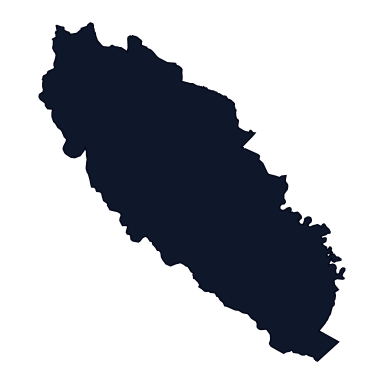 I. L. Caragiale, Dâmbovita, Romania (Mercator projection)
{"feature_id": "2599482B67879867779478", "entity_name": "I. L. Caragiale", "entity_type": "district", "adm_level": 2, "iso_a3": "ROU", "parent_name": "Romania", "parent_adm1": "Dâmbovita", "projection": "mercator", "projection_center": [25.703, 44.911], "detail": "fine", "context": "isolated", "style": "filled", "palette": "ink", "viewbox_px": 384, "rotation_deg": 0, "n_neighbors": 0, "source": "geoboundaries", "source_scale": "gbopen_adm2", "svg_char_len": 5883}
<svg xmlns="http://www.w3.org/2000/svg" viewBox="0 0 384 384"><path d="M317.5,361.0L338.5,341.9L318.7,330.9L325.0,323.1L326.0,321.2L327.3,319.7L328.8,315.9L330.1,314.3L332.1,306.7L333.7,305.3L334.1,304.4L334.2,302.7L333.6,301.2L334.8,299.1L335.3,295.5L334.8,293.2L334.1,292.4L338.3,289.7L334.5,285.0L333.8,280.7L335.0,279.3L337.2,278.5L342.8,279.1L344.0,278.6L344.1,278.3L343.9,278.0L342.2,276.7L341.9,275.3L342.9,272.9L344.6,270.6L344.8,268.8L343.8,268.0L342.7,268.1L341.9,268.6L340.4,270.3L339.5,273.5L338.9,274.0L337.2,274.1L336.6,274.5L336.3,274.4L335.6,272.1L335.4,269.7L336.2,268.2L335.5,265.7L334.5,264.8L332.8,264.2L330.2,264.8L329.2,264.8L328.8,264.5L329.0,263.1L331.3,258.4L332.0,258.6L331.6,259.8L331.9,260.4L332.5,261.2L334.3,262.1L335.8,261.1L340.8,260.2L340.9,259.8L340.8,259.0L338.7,257.7L338.5,257.3L336.1,257.1L333.9,254.2L332.0,254.6L330.4,254.2L329.0,256.8L327.8,256.5L326.5,254.9L326.4,254.5L326.9,254.1L330.0,252.7L330.6,252.8L331.0,253.3L332.3,253.1L332.4,252.6L331.0,250.9L331.4,248.5L330.7,247.3L329.7,247.1L328.4,249.2L327.3,249.6L326.5,248.8L326.4,247.2L323.8,245.8L322.0,244.0L322.0,243.5L322.3,243.2L325.6,241.5L326.0,240.1L326.1,238.3L325.3,237.9L323.7,238.1L322.3,238.9L321.1,237.2L321.0,236.6L321.2,236.0L326.2,234.4L327.5,233.0L329.5,233.2L330.0,232.7L330.1,232.0L328.9,229.5L326.0,226.8L325.1,225.1L324.1,224.1L323.8,224.0L322.7,224.6L321.4,226.8L317.6,224.7L312.7,226.0L310.7,227.0L309.1,227.0L307.7,225.2L309.7,222.7L310.5,222.4L311.1,221.3L311.3,219.6L310.5,217.7L308.6,217.0L307.2,217.3L305.0,218.6L304.5,221.2L303.3,224.3L302.3,224.6L300.5,224.4L299.3,223.2L297.9,220.0L298.5,219.4L299.5,220.0L300.2,218.8L301.1,218.4L301.3,217.1L300.7,215.5L298.0,212.6L297.3,212.3L293.8,213.0L292.9,212.9L292.5,212.3L290.4,212.2L290.4,211.4L291.0,210.1L291.0,209.1L290.5,208.2L289.6,207.6L286.9,208.4L285.5,209.7L283.6,210.5L281.9,210.5L280.3,209.5L279.9,208.8L279.6,207.1L279.9,206.1L280.8,204.9L282.3,203.9L284.1,203.8L285.1,202.5L285.2,201.4L285.0,200.7L283.7,198.7L283.7,194.6L284.0,193.6L287.1,189.4L287.5,187.3L287.6,185.7L287.3,184.4L285.3,181.7L285.2,179.6L285.9,175.7L281.7,176.2L279.5,177.7L275.6,176.3L268.7,174.6L267.2,173.0L262.7,163.4L258.9,159.9L258.8,158.5L259.4,156.2L258.8,155.4L258.0,154.7L245.2,148.9L243.5,149.3L243.2,148.8L243.2,147.7L241.6,147.0L252.2,136.2L254.9,133.0L253.0,132.9L250.9,130.5L250.1,130.6L249.5,132.1L248.6,132.8L248.0,132.2L245.4,131.8L242.7,130.5L238.3,127.8L237.6,125.9L238.3,120.4L236.4,118.7L235.6,116.2L235.4,112.4L235.9,110.1L234.6,108.6L234.6,107.5L233.9,106.2L234.3,104.8L234.1,103.4L231.2,100.7L229.4,99.6L227.8,99.5L226.3,97.0L225.2,96.2L223.0,96.2L219.2,93.8L218.0,94.0L216.6,92.4L214.3,91.8L213.8,91.2L210.9,90.8L208.9,90.0L207.9,90.1L206.5,88.0L205.4,88.5L204.9,87.6L204.1,88.0L203.6,86.8L202.7,87.5L201.3,86.8L200.9,87.1L199.0,86.3L197.2,86.2L192.7,83.7L190.5,83.8L181.4,81.4L181.9,79.1L182.0,76.7L181.6,73.0L181.9,69.5L181.1,68.2L178.5,66.1L176.8,65.8L176.1,65.1L175.7,63.8L175.0,63.4L167.2,62.8L158.3,58.1L156.6,56.6L153.1,52.3L150.5,49.9L146.3,48.3L146.7,47.4L141.1,45.3L141.3,44.0L141.2,43.0L141.6,41.3L140.4,40.0L136.7,37.1L132.3,35.8L131.2,37.2L130.1,36.0L128.3,37.2L127.9,38.6L128.3,47.3L127.5,51.6L126.5,51.3L121.1,47.8L119.0,47.6L117.1,47.0L114.9,47.0L112.5,45.5L111.2,45.7L110.7,46.6L109.2,47.4L103.7,46.9L102.1,46.2L97.3,40.6L95.6,36.0L95.2,33.1L93.9,31.1L94.0,29.6L93.2,27.5L93.3,25.3L92.6,23.8L91.8,23.5L90.3,23.0L88.0,24.8L87.3,26.5L81.4,28.4L81.7,29.2L76.9,33.4L70.5,34.5L68.7,32.3L66.2,31.6L63.8,29.8L63.6,29.4L63.9,27.9L63.4,27.3L61.0,27.0L56.8,25.5L56.3,25.7L57.5,31.8L56.0,31.6L55.5,33.1L56.1,33.8L56.2,37.3L52.6,39.2L53.7,40.8L53.4,43.2L53.5,44.5L52.8,48.0L54.4,51.4L55.7,53.0L56.4,56.1L55.9,56.8L56.0,57.7L55.5,58.6L55.4,60.3L54.8,61.0L54.7,62.3L54.1,63.0L54.1,65.4L54.8,66.8L54.6,67.6L54.0,68.9L48.6,71.3L47.7,72.2L47.7,73.2L46.5,74.6L43.8,75.9L43.1,77.0L43.0,78.8L42.5,79.4L42.7,79.9L43.5,80.6L43.5,81.2L42.9,82.3L42.8,86.5L43.6,89.5L43.4,91.0L42.9,92.2L40.0,94.1L39.4,95.0L39.2,97.2L40.5,99.4L45.3,102.9L45.6,105.8L47.7,108.6L52.6,109.1L53.0,109.9L52.4,111.0L52.1,113.1L52.1,116.6L53.8,121.7L55.5,123.1L58.0,127.4L61.0,129.6L62.2,131.4L64.4,136.8L66.2,138.5L66.8,139.6L66.2,141.8L63.9,146.2L63.3,148.2L63.4,149.7L65.0,152.9L66.4,154.2L71.1,157.2L74.9,157.6L80.2,155.5L83.7,150.7L85.2,147.8L86.6,151.3L86.6,155.1L87.4,159.8L86.9,162.0L86.3,168.3L87.2,171.7L88.7,174.4L90.2,180.0L91.2,185.2L91.6,186.0L91.6,186.9L94.2,187.1L95.0,187.5L96.0,188.9L96.4,190.7L96.8,191.3L99.2,191.5L100.7,192.0L101.5,192.9L102.2,194.4L102.3,195.8L103.7,200.6L106.7,202.7L107.9,203.9L107.6,205.3L110.1,209.7L117.7,211.5L120.7,213.3L121.2,214.7L121.2,215.9L120.2,218.6L120.0,220.6L122.5,225.5L127.1,225.3L127.7,227.1L126.4,232.2L127.3,234.0L129.2,234.3L130.6,235.1L131.2,239.5L132.9,240.9L138.4,241.9L139.8,241.0L142.4,237.7L145.5,236.0L147.9,237.6L150.2,241.1L152.3,241.5L152.9,244.3L155.7,247.2L157.4,250.2L159.5,250.5L161.0,252.5L161.6,257.2L163.0,259.8L166.0,263.8L170.5,265.8L175.9,263.6L180.5,262.5L184.1,264.3L185.6,265.6L188.3,266.7L191.2,271.6L193.5,272.9L193.1,274.9L193.6,276.5L193.7,278.2L194.7,278.0L195.0,278.7L198.2,281.9L199.5,284.1L200.1,285.3L199.4,285.9L199.0,286.8L202.0,288.6L204.4,290.9L206.0,291.3L208.6,291.0L210.5,292.3L213.8,292.5L214.8,292.8L215.7,293.7L216.9,296.2L218.4,296.5L220.4,300.0L223.3,302.4L224.9,305.8L226.6,306.0L235.5,309.9L238.5,310.0L242.7,312.6L247.3,313.4L248.6,314.3L251.5,318.1L256.9,321.5L256.8,322.1L257.4,323.8L257.2,326.8L258.2,328.3L259.9,329.3L262.5,329.4L264.9,329.0L266.8,329.2L270.5,334.5L270.8,338.7L270.4,341.4L269.7,342.7L269.6,343.7L270.8,345.8L272.2,346.8L283.7,353.2L286.0,351.8L289.7,351.1L291.4,350.1L292.3,350.3L293.5,352.3L298.4,352.9L301.7,354.8L304.2,354.9L306.3,354.0L306.9,354.1L308.0,355.1L311.0,356.2L313.3,356.6L314.4,358.1L314.5,359.0L315.5,359.5L315.9,360.4L317.5,361.0Z" fill="#0f172a" stroke="#020617" stroke-width="1.5"/></svg>